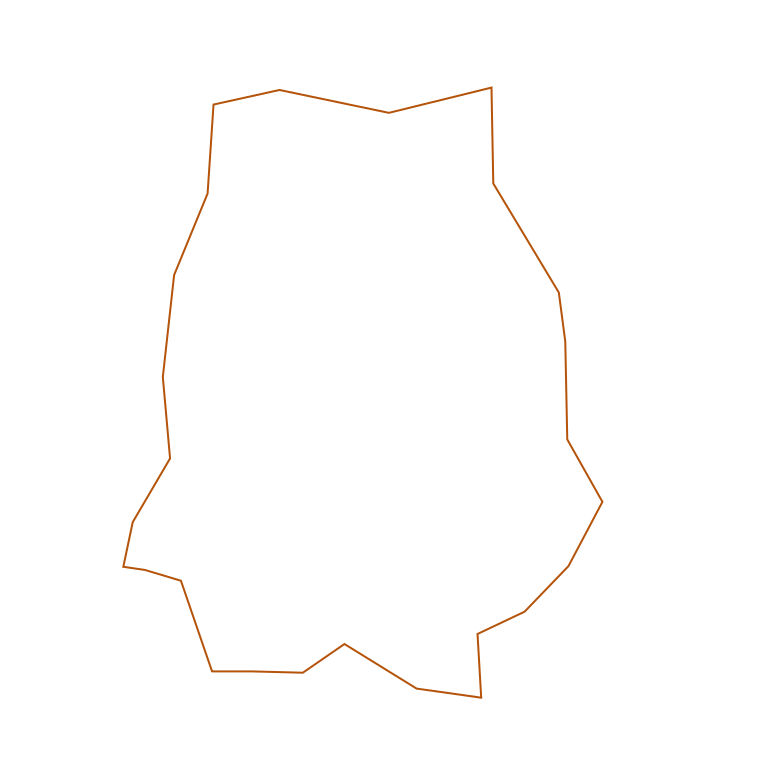 the Municipality of Cesvaines, rotated 8°
{"feature_id": "LVA-5785", "entity_name": "Cesvaines", "entity_type": "Municipality", "adm_level": 1, "iso_a3": "LVA", "parent_name": "Latvia", "parent_adm1": "", "projection": "orthographic", "projection_center": [26.276, 57.013], "detail": "fine", "context": "isolated", "style": "outline", "palette": "amber", "viewbox_px": 768, "rotation_deg": 8, "n_neighbors": 0, "source": "natural_earth", "source_scale": "10m", "svg_char_len": 486}
<svg xmlns="http://www.w3.org/2000/svg" viewBox="0 0 768 768"><g transform="rotate(8 384 384)"><path d="M449.2,75.5L464.3,170.2L544.4,269.1L557.6,316.7L573.2,413.4L616.7,470.3L592.0,538.7L554.9,589.9L511.4,618.5L523.9,681.1L458.7,681.1L381.0,647.0L343.8,681.2L294.0,686.9L253.7,692.5L210.3,607.1L173.0,601.4L151.3,601.3L154.4,555.8L182.5,487.5L164.0,407.8L161.0,305.3L182.8,219.9L176.3,131.0L239.5,107.4L351.1,114.8L449.2,75.5Z" fill="none" stroke="#b45309" stroke-width="2"/></g></svg>